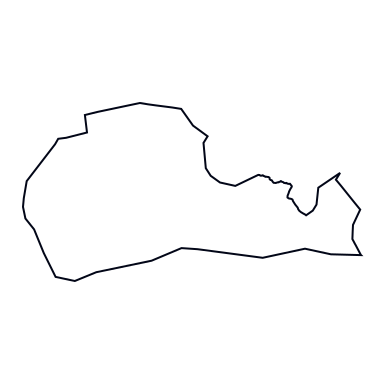 the district of Bayancogt, Töv, Mongolia
{"feature_id": "93677404B67645027022148", "entity_name": "Bayancogt", "entity_type": "district", "adm_level": 2, "iso_a3": "MNG", "parent_name": "Mongolia", "parent_adm1": "Töv", "projection": "natural_earth1", "projection_center": [106.234, 48.109], "detail": "fine", "context": "isolated", "style": "outline", "palette": "ink", "viewbox_px": 384, "rotation_deg": 0, "n_neighbors": 0, "source": "geoboundaries", "source_scale": "gbopen_adm2", "svg_char_len": 2200}
<svg xmlns="http://www.w3.org/2000/svg" viewBox="0 0 384 384"><path d="M361.0,255.1L360.9,255.0L360.3,253.9L355.6,245.0L354.6,243.3L354.6,243.2L353.0,240.2L352.4,239.1L352.7,230.9L353.0,224.9L353.2,224.5L355.3,220.0L360.2,209.6L354.9,203.1L347.9,194.4L341.0,185.8L340.0,184.6L338.6,182.9L335.9,179.7L338.2,176.0L340.1,172.9L318.3,187.7L316.5,204.6L312.8,210.6L306.1,215.3L305.6,214.9L305.2,214.6L304.8,214.3L304.3,214.1L303.9,213.8L303.5,213.7L303.2,213.5L302.9,213.3L302.3,212.9L301.7,212.6L300.9,212.1L300.1,211.4L299.6,211.1L299.1,210.5L298.2,209.2L297.8,207.9L297.4,207.2L297.0,206.8L296.0,205.5L295.3,204.7L293.7,202.2L292.9,200.9L292.6,199.8L292.4,199.5L291.5,199.0L290.4,198.7L289.0,198.5L288.3,198.1L287.5,197.5L287.5,196.9L287.6,195.7L288.4,193.7L288.6,193.2L289.1,191.5L290.1,189.5L290.9,188.1L291.4,187.5L291.6,186.9L291.8,186.3L291.6,185.8L291.2,185.3L290.7,184.8L290.4,184.3L290.0,183.8L289.5,183.8L288.9,183.9L288.3,183.8L287.7,183.7L287.2,183.6L286.8,183.1L286.3,182.9L285.9,183.0L285.6,183.2L285.1,183.1L284.5,183.0L284.1,182.9L283.8,182.8L283.5,182.3L283.0,182.1L282.6,182.0L282.1,181.9L281.6,181.5L281.3,181.3L281.0,181.1L280.7,181.1L280.3,181.6L279.8,181.8L279.1,181.9L278.7,182.3L278.1,182.3L277.4,182.4L276.6,182.7L275.7,183.0L275.1,182.9L274.4,182.9L273.7,182.8L273.2,182.4L272.8,181.8L272.4,181.4L272.1,180.6L271.7,180.3L271.3,180.1L270.6,180.0L270.0,179.5L269.7,179.2L269.6,178.5L269.5,177.7L269.1,177.4L268.4,177.0L268.0,177.0L267.4,176.9L266.6,176.8L266.1,176.7L265.5,176.8L265.4,176.7L265.2,176.7L264.9,176.5L264.6,176.2L264.3,176.2L263.8,176.0L263.5,175.9L263.3,175.6L262.8,175.3L262.4,175.3L262.0,175.6L261.7,175.6L261.3,175.7L260.9,175.7L260.3,175.6L260.0,175.4L259.6,175.0L259.1,175.0L258.3,174.9L257.8,175.1L235.3,185.9L220.0,182.5L210.7,175.8L205.8,168.2L203.5,142.9L207.6,136.3L193.0,125.6L181.2,108.9L172.3,107.5L155.9,105.4L147.9,104.3L139.9,103.0L97.6,111.9L84.9,115.0L87.0,132.5L66.1,137.8L58.2,138.8L55.1,144.2L26.7,181.1L23.8,198.2L23.0,206.9L25.4,218.5L34.1,229.4L43.8,253.1L55.6,276.9L74.8,281.0L96.3,272.2L151.6,260.7L181.5,248.1L197.6,249.2L262.7,257.8L305.0,248.7L330.9,254.3L360.7,255.1L361.0,255.1Z" fill="none" stroke="#020617" stroke-width="2"/></svg>